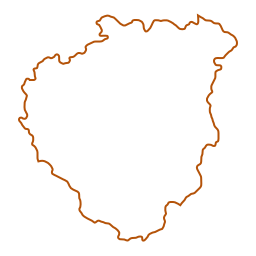 San José de Las Matas, Santiago, Dominican Republic
{"feature_id": "3306468B48570951315042", "entity_name": "San José de Las Matas", "entity_type": "district", "adm_level": 2, "iso_a3": "DOM", "parent_name": "Dominican Republic", "parent_adm1": "Santiago", "projection": "albers", "projection_center": [-71.019, 19.237], "detail": "fine", "context": "isolated", "style": "outline", "palette": "amber", "viewbox_px": 256, "rotation_deg": 0, "n_neighbors": 0, "source": "geoboundaries", "source_scale": "gbopen_adm2", "svg_char_len": 5668}
<svg xmlns="http://www.w3.org/2000/svg" viewBox="0 0 256 256"><path d="M180.3,205.2L181.7,203.2L184.6,200.0L185.7,198.0L186.5,197.0L188.4,196.0L191.0,194.0L191.7,193.8L193.6,193.4L194.8,192.8L199.8,187.9L200.4,187.2L200.9,186.3L201.2,185.4L201.3,183.8L201.2,179.0L201.1,177.1L200.8,176.1L199.5,173.5L197.3,169.3L197.0,168.3L196.9,167.3L197.2,166.3L197.5,165.8L198.2,165.2L200.1,164.1L200.7,163.4L201.0,162.8L201.2,161.4L201.4,156.9L202.4,154.2L202.7,150.5L202.9,149.6L203.3,149.1L204.8,147.8L206.1,145.7L206.8,145.0L207.4,144.7L208.5,144.6L210.0,144.7L211.1,144.9L213.1,145.9L214.0,146.0L214.9,145.8L215.4,145.0L215.9,142.5L216.3,142.1L217.9,141.3L218.3,140.5L218.5,138.7L218.5,133.3L218.4,131.8L218.2,130.7L217.5,129.4L215.0,126.7L214.3,125.4L213.7,123.1L212.9,121.1L212.3,118.8L211.5,117.1L211.0,114.8L210.1,112.7L209.9,112.0L209.8,110.5L209.8,108.7L210.0,107.6L210.5,106.0L210.5,105.4L210.0,104.5L208.0,102.4L207.4,101.5L207.0,100.5L207.0,98.8L207.2,98.2L208.8,95.3L210.2,93.8L211.9,92.5L212.2,92.1L212.2,91.2L211.5,89.7L211.3,88.6L211.3,86.3L211.6,85.3L215.2,78.1L215.4,76.7L215.4,73.0L215.7,71.7L216.4,71.1L217.9,70.2L220.5,69.4L221.0,69.0L221.3,68.0L221.3,67.0L221.2,66.3L220.5,65.5L219.5,65.3L216.8,65.2L216.1,65.0L215.6,64.7L214.2,62.3L214.0,61.0L214.1,60.0L214.8,58.8L215.9,58.2L217.4,58.0L222.0,58.1L223.1,57.9L223.7,57.7L225.5,55.3L228.2,52.6L229.3,51.6L231.1,50.6L231.8,50.0L233.5,47.5L234.3,47.0L235.5,46.6L236.3,45.6L236.8,44.7L237.0,43.0L236.8,41.3L235.3,38.1L234.9,37.5L233.7,36.2L232.5,35.3L231.1,34.6L228.5,32.7L227.5,32.3L224.5,32.0L223.4,31.3L222.7,30.3L220.7,25.9L219.3,23.9L218.2,23.5L215.5,23.4L214.1,23.1L213.2,22.5L211.6,21.2L210.7,20.8L209.6,20.6L206.5,20.4L205.5,20.2L204.6,19.6L202.7,18.1L200.9,17.2L198.0,15.4L198.2,18.0L198.3,21.4L198.1,22.8L197.7,23.7L197.0,24.2L196.4,24.2L194.3,23.2L192.4,22.1L191.4,21.9L190.5,22.1L189.8,22.6L189.1,24.2L188.6,24.5L186.9,25.1L186.2,25.6L185.7,26.4L185.0,28.3L184.6,28.8L184.0,29.0L182.6,29.2L181.1,29.1L180.0,28.9L179.4,28.6L178.5,27.9L175.8,25.3L174.2,24.3L173.2,23.4L170.9,22.0L168.0,20.6L166.5,20.3L164.3,20.3L162.8,20.5L160.9,21.0L158.3,20.3L155.7,20.2L154.7,20.3L153.9,20.8L152.7,22.9L151.9,24.7L150.3,27.9L147.8,30.7L146.9,31.3L146.3,31.4L145.7,31.4L145.2,31.0L144.1,29.0L143.8,28.0L143.5,24.9L143.2,24.0L142.3,22.4L141.7,21.7L139.3,20.4L138.3,20.1L136.4,20.0L134.5,20.0L133.2,20.3L132.5,20.8L131.9,22.2L131.5,22.6L129.5,23.3L125.3,25.4L124.0,25.5L123.1,25.3L120.3,23.7L115.2,18.7L113.8,17.5L112.8,17.2L110.9,16.7L108.9,15.8L107.2,15.6L104.6,16.3L102.0,17.4L101.1,18.3L100.2,19.9L99.7,20.6L97.1,21.4L96.7,21.9L96.5,22.6L96.6,23.2L96.9,23.9L97.4,24.2L99.2,25.0L100.5,27.2L101.8,30.0L101.8,31.0L101.6,31.7L99.9,33.7L99.6,34.2L99.6,34.8L99.8,35.3L100.3,35.7L101.0,35.8L105.5,35.7L107.2,35.9L107.7,36.4L107.8,37.0L107.8,37.8L107.2,38.5L104.9,39.2L102.6,40.9L101.7,41.3L100.2,41.5L95.8,41.5L94.0,41.7L87.6,44.7L86.5,45.6L85.7,46.6L85.6,47.5L86.1,49.0L86.0,50.0L85.7,50.8L84.6,52.6L83.9,53.1L82.3,53.7L81.8,53.7L80.5,53.2L79.5,53.0L78.5,53.0L77.9,53.2L77.0,53.7L74.7,55.9L73.6,56.7L72.6,57.0L70.7,57.2L69.9,57.4L69.5,57.9L69.4,58.4L69.9,59.8L69.9,60.6L69.0,62.3L68.2,62.8L65.3,63.2L63.4,63.8L62.6,63.6L60.4,62.5L59.5,61.6L59.2,60.6L59.1,56.8L58.9,55.8L58.1,54.8L57.2,54.4L56.6,54.4L55.7,54.8L55.1,55.4L54.2,56.8L52.1,58.0L50.9,58.2L49.0,57.4L48.0,57.3L47.1,57.6L44.6,58.9L43.7,59.7L42.7,61.1L39.2,63.0L38.4,63.6L37.8,64.7L37.4,67.1L37.0,68.0L36.2,68.3L34.4,68.6L33.9,68.9L33.6,69.4L33.6,69.9L34.5,72.2L34.9,76.3L35.5,78.2L35.5,78.7L35.2,79.2L34.5,79.8L33.8,80.0L29.7,80.0L29.0,79.1L28.4,78.8L27.7,78.7L26.7,78.8L26.2,79.2L24.9,81.9L24.2,84.1L23.5,85.0L22.2,86.0L21.9,86.9L21.9,87.8L22.0,88.5L23.4,91.2L24.3,92.4L26.4,94.7L26.9,95.8L25.8,99.7L25.0,101.4L24.7,102.4L24.6,104.2L24.5,107.2L24.8,109.8L27.1,114.3L27.2,115.0L27.2,116.0L26.3,117.8L25.9,118.3L25.4,118.6L24.8,118.8L23.9,118.7L23.2,118.6L21.7,117.7L21.1,117.6L20.4,117.7L19.8,117.9L19.4,118.4L19.1,118.9L19.0,119.3L19.1,120.2L19.4,120.9L21.2,123.0L22.3,125.1L24.8,128.3L25.5,128.8L27.6,129.1L28.4,129.5L28.8,130.3L29.0,132.5L29.4,133.4L30.2,134.3L32.1,135.4L32.9,136.4L33.2,137.7L33.2,140.2L32.9,141.6L32.2,143.2L32.1,144.0L32.4,144.8L34.2,146.0L35.4,147.3L35.9,148.2L37.2,150.8L37.5,152.6L37.5,158.2L37.7,159.3L38.4,161.4L40.8,160.9L42.3,160.8L43.8,161.0L44.8,161.3L47.4,162.6L48.2,163.1L49.8,164.6L51.2,166.2L52.5,168.8L52.6,169.9L52.0,171.4L51.9,172.4L52.1,173.3L52.4,173.8L54.5,175.0L56.0,175.7L63.4,179.5L64.6,180.0L67.0,181.4L67.4,181.8L68.5,183.7L69.4,185.8L70.9,188.1L73.2,189.6L77.5,191.6L78.5,192.5L78.8,193.0L79.1,194.0L79.3,198.2L80.2,200.2L80.5,202.0L80.6,204.3L80.4,206.1L80.2,207.2L79.4,208.8L79.4,209.4L79.5,210.1L79.9,211.0L81.4,212.9L82.6,215.0L83.6,216.0L84.5,216.7L87.5,218.5L91.9,220.7L93.8,222.1L94.6,222.6L95.5,222.4L97.5,220.9L98.2,220.7L98.8,220.7L99.4,220.8L101.1,221.6L103.4,222.2L105.4,223.1L108.5,223.5L109.4,223.8L110.5,224.7L113.1,227.0L115.2,228.2L116.0,228.8L117.6,230.2L118.7,231.6L119.2,232.5L119.2,233.9L119.0,234.9L118.2,236.4L118.1,237.4L118.3,238.0L118.7,238.5L119.8,239.2L124.3,239.5L126.3,240.3L127.5,240.5L128.2,240.3L130.3,238.6L131.3,238.2L132.3,238.0L135.8,237.8L136.4,237.6L138.5,236.7L140.1,236.5L141.1,236.6L141.9,237.0L142.2,237.8L142.3,239.6L142.5,240.1L142.9,240.5L143.5,240.6L144.4,240.3L145.6,239.2L147.6,236.8L148.5,235.0L149.6,234.0L152.5,232.6L155.1,232.0L159.7,229.7L162.2,228.9L163.6,226.5L164.2,224.2L165.0,221.9L164.8,220.6L164.1,218.9L164.0,217.6L164.4,216.3L165.7,214.4L166.0,213.6L165.5,211.3L165.3,210.2L165.4,207.2L165.9,206.0L167.6,204.5L168.6,202.6L169.5,202.2L170.5,202.0L173.1,202.0L174.9,202.3L178.1,203.8L180.3,205.2Z" fill="none" stroke="#b45309" stroke-width="2"/></svg>